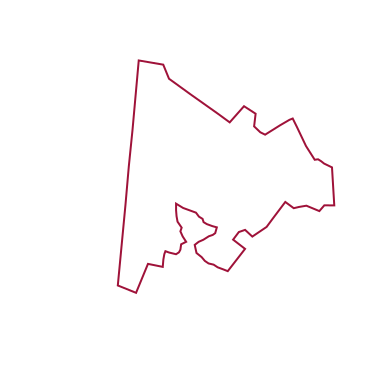 the district of Boqueirão do Piauí, Piauí, Brazil, rotated 307°
{"feature_id": "56859067B46313379568207", "entity_name": "Boqueirão do Piauí", "entity_type": "district", "adm_level": 2, "iso_a3": "BRA", "parent_name": "Brazil", "parent_adm1": "Piauí", "projection": "natural_earth1", "projection_center": [-42.125, -4.538], "detail": "fine", "context": "isolated", "style": "outline", "palette": "rose", "viewbox_px": 384, "rotation_deg": 307, "n_neighbors": 0, "source": "geoboundaries", "source_scale": "gbopen_adm2", "svg_char_len": 1146}
<svg xmlns="http://www.w3.org/2000/svg" viewBox="0 0 384 384"><g transform="rotate(307 192 192)"><path d="M174.3,126.2L141.7,146.6L72.7,189.0L77.8,208.0L108.1,200.1L114.6,213.7L120.8,209.8L125.7,207.3L128.7,206.4L129.9,210.2L132.7,216.7L136.0,217.9L139.0,217.4L143.7,214.8L148.7,217.3L150.9,211.3L153.6,206.4L157.3,205.2L159.6,198.3L163.4,194.2L167.8,190.3L173.1,186.3L173.9,194.5L177.9,207.6L176.5,212.4L176.9,216.6L174.9,219.4L175.3,223.2L177.0,228.8L178.7,233.1L173.1,235.3L170.2,234.4L166.8,232.1L160.7,229.8L156.2,227.3L151.4,226.0L146.0,232.3L145.8,238.9L144.7,243.7L144.9,248.2L147.0,253.0L147.3,257.8L149.0,263.5L150.3,268.2L178.5,268.6L178.7,253.5L188.2,253.5L193.7,257.2L192.7,267.0L209.0,272.6L219.9,272.5L240.2,272.5L240.3,283.0L244.5,286.5L249.9,291.6L253.4,305.2L261.0,305.7L266.9,313.7L295.9,289.0L295.0,284.4L294.2,280.4L294.3,276.7L294.0,273.0L291.6,270.6L297.3,255.4L307.0,236.8L311.3,228.2L308.3,226.4L298.3,222.2L281.8,215.9L280.8,210.6L281.8,202.1L292.8,195.7L291.8,181.9L270.3,180.2L270.1,165.5L269.1,131.8L268.6,105.5L276.4,92.4L265.0,70.3L205.5,107.3L174.3,126.2Z" fill="none" stroke="#9f1239" stroke-width="2"/></g></svg>